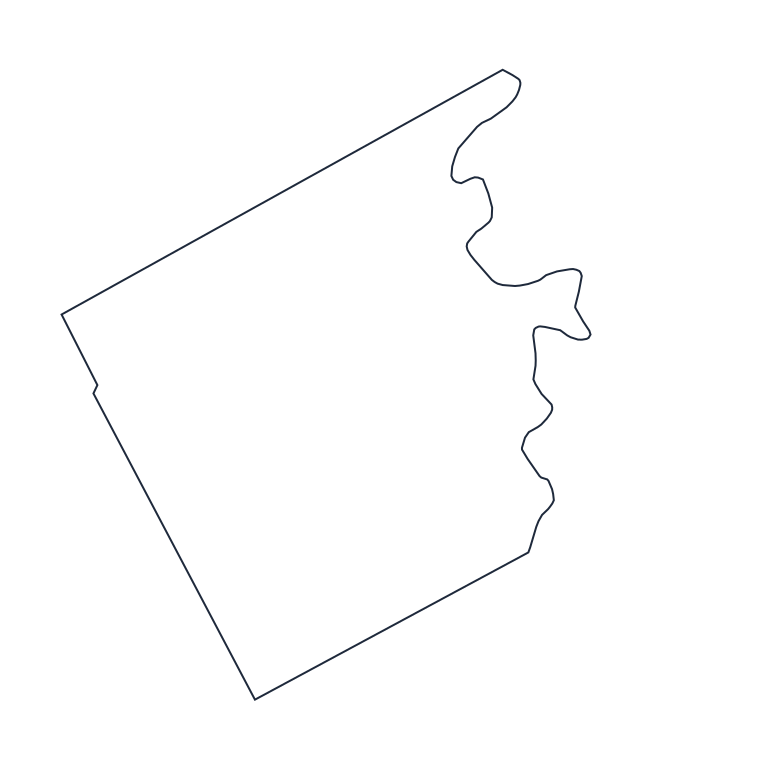 Grayson, Texas, United States of America, rotated 61°
{"feature_id": "52423323B81583627867323", "entity_name": "Grayson", "entity_type": "district", "adm_level": 2, "iso_a3": "USA", "parent_name": "United States of America", "parent_adm1": "Texas", "projection": "natural_earth1", "projection_center": [-96.674, 33.679], "detail": "fine", "context": "isolated", "style": "outline", "palette": "slate", "viewbox_px": 768, "rotation_deg": 61, "n_neighbors": 0, "source": "geoboundaries", "source_scale": "gbopen_adm2", "svg_char_len": 1533}
<svg xmlns="http://www.w3.org/2000/svg" viewBox="0 0 768 768"><g transform="rotate(61 384 384)"><path d="M251.4,642.7L597.5,649.9L601.3,339.4L597.7,335.3L582.7,320.0L578.9,315.4L575.1,309.2L573.0,301.2L571.9,298.5L570.1,294.7L568.0,291.8L562.2,289.4L557.4,288.0L548.5,287.1L546.6,287.5L542.1,291.8L539.9,292.6L519.2,294.7L508.3,295.1L506.7,294.3L499.3,286.7L496.3,280.7L496.2,270.2L495.7,266.1L493.2,258.4L490.1,252.0L488.0,249.4L486.0,248.2L483.2,247.4L469.1,251.0L457.5,251.6L452.4,251.1L441.5,242.6L437.0,239.9L430.6,236.6L413.8,229.9L409.1,226.1L408.5,224.1L408.7,221.0L409.3,219.5L412.1,215.6L422.4,203.8L430.3,200.2L433.6,198.1L439.2,192.8L441.2,189.4L442.8,184.9L442.8,182.7L440.9,179.4L440.4,179.3L437.0,178.6L425.8,179.5L409.8,179.7L408.4,178.8L397.7,168.8L385.5,158.7L382.1,158.1L379.9,158.4L377.3,160.4L375.1,162.9L373.7,165.9L369.4,178.1L367.4,189.4L368.5,196.6L368.4,199.2L366.4,209.6L363.8,217.4L361.8,221.9L355.0,232.2L351.3,236.0L348.4,237.8L345.2,239.2L319.3,244.8L313.1,245.8L307.3,246.0L303.8,245.0L301.4,243.1L300.4,241.1L295.7,229.4L295.3,223.6L293.5,214.3L292.8,212.3L290.5,209.0L282.2,203.9L268.0,200.4L253.1,198.3L249.1,201.6L247.2,204.4L246.4,208.9L245.8,219.1L242.5,222.8L238.9,224.5L234.7,224.2L226.7,218.8L219.9,211.9L214.0,204.8L204.2,177.9L203.1,171.7L203.7,161.9L201.4,142.6L199.1,134.7L197.0,129.8L195.3,127.1L192.3,123.4L188.5,119.8L186.7,118.7L184.0,118.1L182.4,118.5L176.2,121.8L174.3,123.0L166.7,127.9L166.9,632.3L246.0,635.2L251.4,642.7Z" fill="none" stroke="#1e293b" stroke-width="2"/></g></svg>